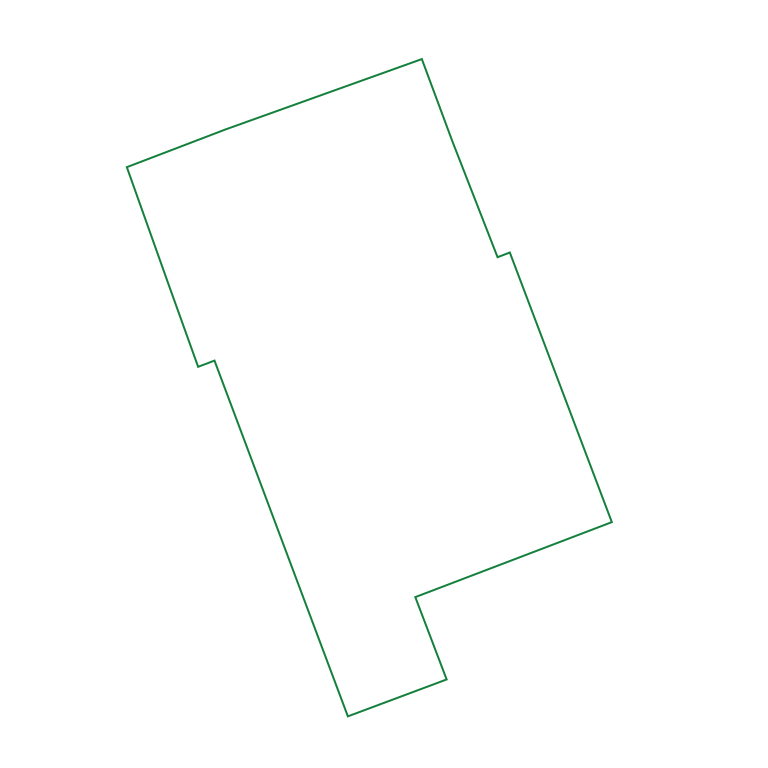 Dallas, Missouri, United States of America, rotated 338°
{"feature_id": "52423323B61703170015618", "entity_name": "Dallas", "entity_type": "district", "adm_level": 2, "iso_a3": "USA", "parent_name": "United States of America", "parent_adm1": "Missouri", "projection": "orthographic", "projection_center": [-93.034, 37.66], "detail": "fine", "context": "isolated", "style": "outline", "palette": "green", "viewbox_px": 768, "rotation_deg": 338, "n_neighbors": 0, "source": "geoboundaries", "source_scale": "gbopen_adm2", "svg_char_len": 331}
<svg xmlns="http://www.w3.org/2000/svg" viewBox="0 0 768 768"><g transform="rotate(338 384 384)"><path d="M331.4,681.4L333.2,593.3L543.5,597.4L549.9,309.2L536.8,309.0L538.3,184.8L540.8,96.9L332.5,88.6L226.8,86.6L221.6,209.9L218.1,298.4L235.6,298.8L226.0,678.6L331.4,681.4Z" fill="none" stroke="#15803d" stroke-width="2"/></g></svg>